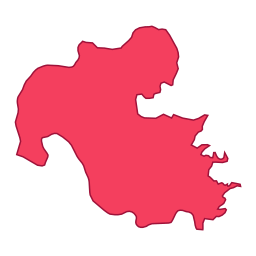 map outline of Ōita (orthographic projection)
{"feature_id": "JPN-1835", "entity_name": "Ōita", "entity_type": "Prefecture", "adm_level": 1, "iso_a3": "JPN", "parent_name": "Japan", "parent_adm1": "", "projection": "orthographic", "projection_center": [131.556, 33.207], "detail": "fine", "context": "isolated", "style": "filled", "palette": "rose", "viewbox_px": 256, "rotation_deg": 0, "n_neighbors": 0, "source": "natural_earth", "source_scale": "10m", "svg_char_len": 2938}
<svg xmlns="http://www.w3.org/2000/svg" viewBox="0 0 256 256"><path d="M82.6,41.3L86.0,42.4L92.5,42.9L97.4,47.8L104.4,48.1L112.3,49.4L121.2,48.0L122.2,46.4L128.7,40.6L131.6,37.3L133.1,32.7L135.6,29.8L139.6,27.8L145.1,26.9L149.0,26.8L151.9,26.3L155.0,27.6L158.6,29.6L162.1,29.1L165.7,29.7L169.6,35.2L173.8,42.9L176.8,48.3L178.1,52.5L178.6,56.9L176.7,62.8L178.2,68.7L176.4,73.2L173.2,79.8L172.7,84.8L171.1,85.5L167.0,83.4L164.2,82.0L160.9,83.3L160.0,86.3L160.6,89.7L159.9,92.4L155.4,93.5L153.9,94.3L153.1,97.7L149.5,98.3L145.9,98.3L144.3,97.0L141.8,94.1L136.9,94.7L135.6,99.5L137.7,113.9L141.0,116.5L144.4,117.9L155.9,118.3L163.5,114.3L171.6,118.0L173.6,114.6L182.7,118.1L193.5,120.1L198.6,118.4L204.6,114.9L207.8,115.4L204.2,121.7L202.3,126.2L202.4,129.5L201.1,131.0L198.3,132.1L195.1,136.0L194.3,139.7L191.3,145.0L197.2,148.1L201.9,144.8L207.5,144.7L209.5,145.6L204.7,148.9L201.9,152.1L200.9,154.6L204.0,156.2L205.9,155.3L208.5,155.7L210.3,157.5L212.7,157.7L213.3,155.3L213.7,152.6L215.1,152.5L216.6,156.0L217.9,157.9L219.5,159.0L221.1,159.3L222.8,158.7L223.9,157.5L224.7,152.6L227.8,158.5L227.1,161.3L222.6,162.5L215.6,162.1L212.8,162.2L211.6,166.1L208.8,169.7L208.1,175.9L210.2,177.3L213.8,180.9L216.5,180.9L218.2,184.1L220.1,183.3L221.8,182.8L223.0,183.5L223.9,184.7L225.2,185.3L227.4,184.1L227.3,185.2L228.0,186.2L229.5,185.7L231.8,182.6L236.4,183.5L240.1,184.3L240.6,186.4L237.1,185.8L233.4,187.7L230.1,188.5L224.6,192.8L222.4,196.0L223.2,197.4L224.9,198.2L225.6,199.7L223.8,203.3L222.2,204.6L220.7,205.5L219.1,206.7L217.7,209.1L220.0,209.4L225.2,208.6L226.3,209.8L225.0,212.7L222.2,215.1L218.9,216.6L216.3,216.4L213.0,219.7L204.6,218.6L202.9,223.1L202.9,229.0L202.8,229.7L196.8,229.2L196.0,227.9L195.2,225.2L194.7,221.8L193.2,215.4L191.4,213.2L188.9,212.0L186.2,211.6L182.7,210.4L180.2,210.2L178.0,210.7L176.6,212.2L175.5,213.9L172.9,219.4L171.8,221.3L171.0,222.4L168.7,223.0L152.0,223.7L148.5,224.9L146.4,226.3L142.9,227.3L140.6,227.3L138.6,226.7L137.2,225.5L136.1,223.9L135.8,222.2L136.0,220.4L136.4,218.7L136.4,216.7L135.4,215.0L134.0,213.3L131.9,211.9L129.4,211.3L126.8,211.6L121.7,214.1L118.1,214.7L114.7,214.7L110.0,214.1L107.6,212.8L104.2,210.3L93.1,200.9L90.2,195.0L89.8,192.3L89.2,182.0L88.9,180.0L88.2,177.6L85.7,172.2L83.7,165.8L82.3,163.3L78.7,158.8L77.1,156.4L71.5,145.3L68.7,141.8L62.6,136.9L57.0,133.5L54.4,133.4L51.5,134.3L47.8,136.5L42.3,137.7L41.5,139.1L41.5,141.2L42.7,146.4L43.8,148.7L46.9,153.1L48.0,155.1L47.8,156.9L45.4,162.5L44.6,165.0L42.1,165.9L37.5,165.2L23.1,156.8L16.7,154.6L20.6,141.4L19.9,137.8L16.1,126.0L15.4,122.1L18.1,112.7L18.4,109.0L17.4,103.0L17.3,101.1L17.5,99.3L17.7,98.1L18.2,96.7L22.5,89.7L24.3,84.8L26.3,81.0L30.8,76.1L33.4,72.4L35.7,70.0L37.9,68.3L43.3,66.1L45.9,65.4L47.5,65.2L58.2,65.7L68.9,67.4L71.6,67.1L73.4,66.3L74.7,64.6L75.8,62.5L78.0,59.9L79.1,57.7L79.4,55.6L78.0,50.7L78.0,47.5L78.8,45.5L79.3,44.6L81.6,42.4L82.6,41.3Z" fill="#f43f5e" stroke="#9f1239" stroke-width="1.5"/></svg>